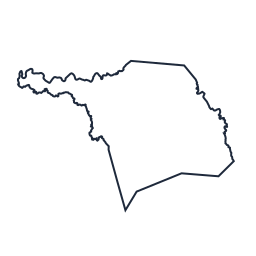 outline of San Francisco, Veraguas, Panama, rotated 167°
{"feature_id": "35544464B34923513195419", "entity_name": "San Francisco", "entity_type": "district", "adm_level": 2, "iso_a3": "PAN", "parent_name": "Panama", "parent_adm1": "Veraguas", "projection": "orthographic", "projection_center": [-80.952, 8.301], "detail": "fine", "context": "isolated", "style": "outline", "palette": "slate", "viewbox_px": 256, "rotation_deg": 167, "n_neighbors": 0, "source": "geoboundaries", "source_scale": "gbopen_adm2", "svg_char_len": 5973}
<svg xmlns="http://www.w3.org/2000/svg" viewBox="0 0 256 256"><g transform="rotate(167 128 128)"><path d="M32.4,71.9L32.7,73.1L33.3,74.3L33.1,76.0L33.1,76.6L33.7,77.7L33.3,79.6L32.9,80.4L33.3,81.7L33.4,82.3L33.3,85.0L33.1,85.9L33.4,86.2L34.4,86.7L34.4,87.0L34.1,87.7L34.2,88.3L34.3,88.5L35.5,89.3L36.0,90.5L36.5,91.1L36.1,92.5L36.1,93.2L35.7,93.9L35.6,94.9L35.2,95.5L35.0,97.2L35.2,99.6L35.7,101.3L34.7,101.2L34.6,102.6L33.3,103.0L32.9,103.5L32.9,104.0L33.5,105.0L33.9,106.1L33.9,106.8L33.7,107.3L33.3,107.7L32.9,107.8L32.1,107.1L31.5,106.9L31.2,106.9L31.1,107.2L31.2,108.3L30.8,109.3L31.0,109.8L31.8,110.4L32.4,111.6L32.3,112.4L31.9,112.9L31.7,113.4L32.0,114.2L33.0,114.8L32.9,115.1L32.4,115.5L32.4,116.2L32.7,116.3L34.9,116.4L36.1,116.1L36.4,116.3L36.6,116.8L36.6,117.4L36.4,117.8L36.0,118.1L35.2,118.3L34.9,118.7L35.1,119.2L36.4,119.7L36.6,120.3L35.9,120.8L34.6,122.6L34.4,123.9L34.5,125.3L34.9,126.0L35.6,126.1L37.1,126.0L38.8,125.4L39.6,125.5L40.0,125.6L40.3,125.9L41.4,127.9L42.7,127.7L43.0,127.8L44.0,129.8L44.1,131.3L45.2,135.9L47.3,140.2L47.6,141.0L47.6,141.4L47.4,141.9L45.8,144.0L45.7,144.3L45.8,144.5L47.4,146.5L47.7,146.5L49.5,145.8L50.9,145.5L52.5,145.7L52.9,146.2L52.8,146.9L51.7,147.7L51.2,148.4L50.9,149.1L51.0,149.5L51.2,149.8L52.4,150.9L52.1,151.5L51.3,151.9L50.7,151.5L50.6,152.5L50.5,152.8L50.8,153.6L50.5,154.5L50.7,154.8L51.0,155.0L51.0,156.0L50.5,156.6L51.1,160.0L59.2,176.3L110.0,192.7L115.9,189.9L116.4,189.3L118.0,188.3L118.9,187.5L119.2,186.8L119.2,185.9L119.8,185.4L121.0,184.8L121.6,185.0L122.1,184.9L123.5,185.6L124.3,185.3L124.8,185.3L125.1,184.7L125.3,183.9L126.1,183.2L126.3,183.4L126.6,183.9L127.0,184.1L127.2,183.9L127.3,183.3L127.6,183.0L129.4,183.5L131.3,182.9L132.9,182.9L133.2,183.1L133.7,183.7L134.2,184.1L135.5,185.6L136.0,185.9L136.3,185.5L136.7,184.5L137.2,184.2L138.1,184.2L139.8,184.9L140.5,184.8L141.0,184.2L141.8,182.0L142.2,181.6L142.7,181.6L143.0,181.8L143.1,182.1L143.1,182.7L143.0,183.5L143.3,184.5L144.0,185.2L145.3,188.0L145.8,188.4L146.3,188.5L147.3,188.3L148.2,187.7L149.4,186.3L150.3,185.6L150.9,184.1L152.3,182.2L153.3,181.5L153.8,181.4L154.4,181.8L155.3,182.8L157.7,184.3L158.0,184.4L159.0,184.1L159.5,184.1L160.7,185.0L161.7,185.4L163.9,187.1L164.6,187.1L166.3,186.6L167.2,186.6L167.8,186.9L168.1,187.3L168.3,187.9L168.4,190.3L168.8,191.7L169.7,193.2L170.3,193.7L170.8,194.0L171.9,193.8L177.4,190.6L177.7,190.3L177.9,189.5L178.4,188.6L178.9,188.2L179.5,188.0L179.9,188.0L180.3,188.2L181.2,189.1L181.6,189.8L181.7,191.2L182.2,192.0L183.5,192.7L185.6,192.9L187.2,193.9L187.8,194.1L188.7,194.0L190.2,193.0L191.7,191.7L193.8,189.8L194.6,189.7L197.7,192.7L199.1,195.2L199.0,196.2L198.2,197.5L198.1,198.0L198.4,199.1L198.8,199.9L199.8,200.9L200.4,201.2L201.3,201.3L202.5,201.2L205.3,202.0L207.3,202.2L208.2,202.7L208.8,203.4L208.1,205.2L208.0,206.1L208.1,206.8L208.5,207.2L209.5,207.5L210.3,207.4L211.6,206.9L213.3,206.5L214.0,206.2L214.7,205.4L215.3,204.2L215.5,203.5L215.6,201.9L215.9,201.2L216.8,200.3L217.8,200.0L218.6,200.1L219.2,200.5L219.6,201.0L219.8,201.6L219.8,202.8L219.5,203.3L219.1,203.7L218.9,204.2L218.9,207.2L219.1,207.5L219.4,207.5L220.0,207.3L220.5,206.9L220.8,206.4L221.6,205.3L221.9,203.1L222.2,202.2L223.0,201.0L224.0,200.6L224.3,200.1L224.5,199.1L224.2,196.6L224.3,195.8L224.5,195.2L225.2,195.2L225.0,194.1L224.7,193.5L223.6,192.2L222.8,191.7L222.3,191.0L222.0,190.9L221.7,191.0L220.5,191.9L220.2,191.9L219.9,191.9L219.1,191.3L217.3,192.2L216.5,192.1L215.6,192.4L214.9,192.2L214.7,191.7L214.8,191.1L214.8,190.4L214.1,188.7L213.2,187.9L211.7,187.1L210.7,186.1L210.7,185.7L211.1,185.3L211.9,184.9L212.0,184.5L211.8,183.9L211.6,183.7L211.3,183.7L210.2,184.4L209.4,183.9L209.3,183.7L209.6,183.0L209.6,182.3L209.1,181.9L208.5,181.9L207.2,182.5L206.8,182.6L205.6,182.4L204.7,181.7L203.4,182.3L202.7,182.9L202.0,183.0L201.1,182.6L200.6,182.5L200.4,182.7L200.3,183.0L200.6,184.1L200.5,184.5L199.9,184.7L198.6,184.5L198.4,184.1L198.6,183.0L197.9,182.3L197.9,182.0L198.2,181.1L198.1,180.6L197.7,180.1L196.8,179.7L196.3,179.2L195.4,177.7L194.2,177.0L194.1,176.3L193.8,175.9L192.8,175.3L192.2,175.2L191.6,175.3L190.8,175.9L189.9,175.2L189.5,174.6L189.0,174.6L188.6,174.9L188.5,175.6L188.4,175.8L188.2,176.8L187.9,177.0L187.4,177.1L186.8,177.1L185.9,176.6L185.0,176.5L184.0,176.7L183.4,176.5L182.9,176.9L182.2,176.7L181.2,176.9L180.6,176.9L178.3,176.1L177.9,175.1L177.0,174.6L176.1,173.7L175.5,173.3L175.1,172.9L175.1,172.5L175.6,172.1L175.7,171.8L175.1,170.7L174.8,169.4L173.9,169.0L173.6,168.7L173.8,167.9L174.7,167.1L174.6,165.8L174.8,165.2L174.5,164.7L173.7,164.0L173.1,163.9L172.3,164.0L172.0,163.8L171.7,163.2L172.1,162.1L171.7,161.6L171.3,161.5L170.3,161.7L169.7,161.7L168.9,161.2L168.4,160.5L168.0,160.3L166.8,160.7L165.5,160.1L164.6,160.5L164.3,160.5L164.1,160.3L164.0,160.0L164.4,159.3L164.3,158.5L164.1,158.1L164.1,157.0L163.9,156.1L164.0,154.0L163.7,153.3L162.9,153.1L162.7,152.8L162.8,152.5L163.7,151.8L163.7,151.3L163.2,150.3L163.2,149.5L162.5,148.1L162.3,148.0L161.6,148.1L161.2,147.9L161.2,147.7L161.9,146.8L162.1,146.3L162.1,146.0L161.6,145.4L161.5,145.1L162.0,144.8L162.4,144.3L161.8,142.7L161.8,141.5L162.2,139.9L163.0,139.6L163.2,139.3L163.1,139.1L162.6,138.8L162.6,138.2L162.9,138.0L163.4,138.2L163.7,137.8L162.6,137.0L162.3,135.9L163.2,135.2L164.6,133.8L164.7,133.5L164.7,132.8L166.5,132.2L166.8,131.7L166.7,131.2L166.9,130.2L166.7,129.3L166.3,128.9L165.6,128.8L165.5,128.6L165.5,127.3L165.2,126.7L165.6,125.5L165.5,124.8L165.0,124.6L164.4,124.3L164.2,124.4L164.1,125.0L163.9,125.2L163.1,125.0L162.4,124.6L161.3,124.9L161.3,124.6L161.4,124.2L161.0,122.9L160.6,122.6L159.4,123.3L159.1,123.8L159.2,124.3L159.0,124.5L159.1,125.0L158.8,125.3L158.1,125.3L157.8,125.6L157.1,125.6L156.1,126.0L155.6,125.8L155.3,125.5L155.2,125.1L155.3,124.9L155.7,124.6L155.6,124.0L154.9,123.4L154.4,122.8L154.3,122.4L154.5,121.7L153.2,119.2L153.2,118.8L152.8,117.8L150.9,114.6L151.8,111.2L150.4,77.6L149.0,48.5L133.9,64.1L86.0,71.8L50.7,60.6L32.4,71.9Z" fill="none" stroke="#1e293b" stroke-width="2"/></g></svg>